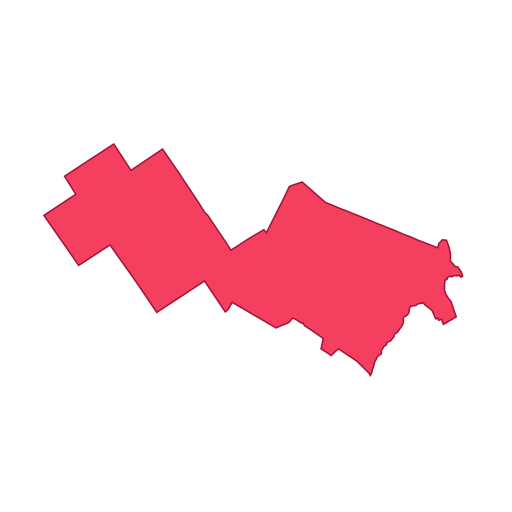 the district of Saelele, Teleorman, Romania, rotated 255°
{"feature_id": "2599482B33376379062775", "entity_name": "Saelele", "entity_type": "district", "adm_level": 2, "iso_a3": "ROU", "parent_name": "Romania", "parent_adm1": "Teleorman", "projection": "albers", "projection_center": [24.736, 43.872], "detail": "fine", "context": "isolated", "style": "filled", "palette": "rose", "viewbox_px": 512, "rotation_deg": 255, "n_neighbors": 0, "source": "geoboundaries", "source_scale": "gbopen_adm2", "svg_char_len": 2660}
<svg xmlns="http://www.w3.org/2000/svg" viewBox="0 0 512 512"><g transform="rotate(255 256 256)"><path d="M141.4,419.3L145.4,433.7L148.9,433.4L153.7,433.1L157.1,432.9L161.8,432.6L163.2,431.9L163.3,431.9L164.6,431.2L167.3,430.3L169.4,429.7L174.0,429.2L179.8,430.8L183.8,432.4L183.7,433.5L184.4,435.0L185.3,434.8L186.5,438.0L185.3,439.2L185.7,442.8L184.7,445.3L185.1,447.1L182.5,448.5L182.9,450.4L187.4,450.2L193.1,448.1L194.3,445.9L194.9,445.5L200.8,442.5L207.4,444.4L214.4,444.8L219.6,444.3L219.8,444.3L221.1,444.1L221.9,444.1L222.2,443.6L223.4,440.2L220.9,436.0L216.9,433.6L229.9,415.9L234.2,410.6L238.9,404.0L244.0,397.6L248.3,391.9L256.7,380.6L259.2,377.4L262.1,373.6L267.4,366.7L271.0,361.9L273.3,358.8L276.4,354.8L279.2,350.7L282.7,346.2L290.1,336.7L315.5,319.8L315.5,319.4L314.8,307.1L314.0,305.7L305.3,298.4L297.5,291.4L275.8,272.1L276.1,272.0L279.4,270.4L279.0,269.0L274.4,252.7L268.3,234.0L268.1,233.3L277.5,230.3L297.6,223.4L308.4,219.7L310.8,218.0L311.7,217.7L324.1,213.8L326.8,212.9L348.8,205.5L356.1,203.1L375.0,196.4L383.5,193.4L371.1,157.4L400.5,147.8L401.0,147.6L391.5,118.5L382.6,91.7L362.3,97.9L353.1,70.5L350.1,61.6L311.5,75.6L293.7,81.9L292.8,82.2L304.0,116.5L304.4,117.8L265.1,132.4L246.0,139.1L227.2,145.5L244.9,199.0L245.2,199.8L210.4,211.7L209.9,211.9L211.0,214.2L212.3,216.2L213.3,217.0L217.4,221.0L192.6,245.6L181.6,256.5L181.3,256.8L181.9,260.5L182.0,261.0L183.0,269.4L183.5,270.8L186.5,275.4L184.7,277.8L182.5,279.8L179.4,282.5L179.0,283.0L179.0,284.3L176.5,284.6L169.2,291.0L159.0,299.6L149.5,294.8L141.9,301.6L140.4,302.8L143.9,309.4L145.0,311.6L128.6,326.0L118.3,332.1L113.0,335.1L111.0,335.4L111.5,336.0L112.3,336.8L113.7,337.7L115.1,338.5L120.0,341.6L122.6,343.1L123.6,343.9L124.5,344.8L127.2,347.2L128.2,349.3L128.9,351.5L129.1,351.7L129.6,352.1L131.5,352.4L132.2,352.5L133.0,353.6L134.4,355.0L135.1,355.7L135.9,356.9L136.2,358.4L136.5,358.9L138.1,359.9L138.5,360.3L138.9,361.7L139.1,363.4L139.3,364.2L139.9,365.0L142.1,368.0L142.5,368.6L144.0,369.0L144.9,369.8L145.1,370.9L145.2,371.9L146.0,373.2L147.4,374.9L149.2,377.1L150.6,378.8L153.4,381.0L156.1,382.0L157.6,382.1L158.5,382.8L158.9,383.5L159.3,385.5L159.8,386.7L160.3,387.4L161.0,388.5L161.8,389.0L162.7,389.5L163.9,389.8L165.0,390.4L166.3,391.3L167.0,391.8L167.3,392.9L167.2,395.0L166.8,396.5L166.9,397.5L167.1,398.2L167.4,398.8L167.8,400.0L167.7,402.3L167.5,403.3L167.6,404.5L167.7,405.2L167.3,405.6L166.5,405.9L165.4,406.3L164.2,407.2L162.3,408.6L161.0,409.7L159.9,410.6L159.3,410.9L157.6,412.0L153.1,412.7L150.4,413.1L148.7,413.4L149.0,415.5L146.6,415.7L146.9,418.8L144.1,419.0L142.6,419.2L141.4,419.3Z" fill="#f43f5e" stroke="#9f1239" stroke-width="1.5"/></g></svg>